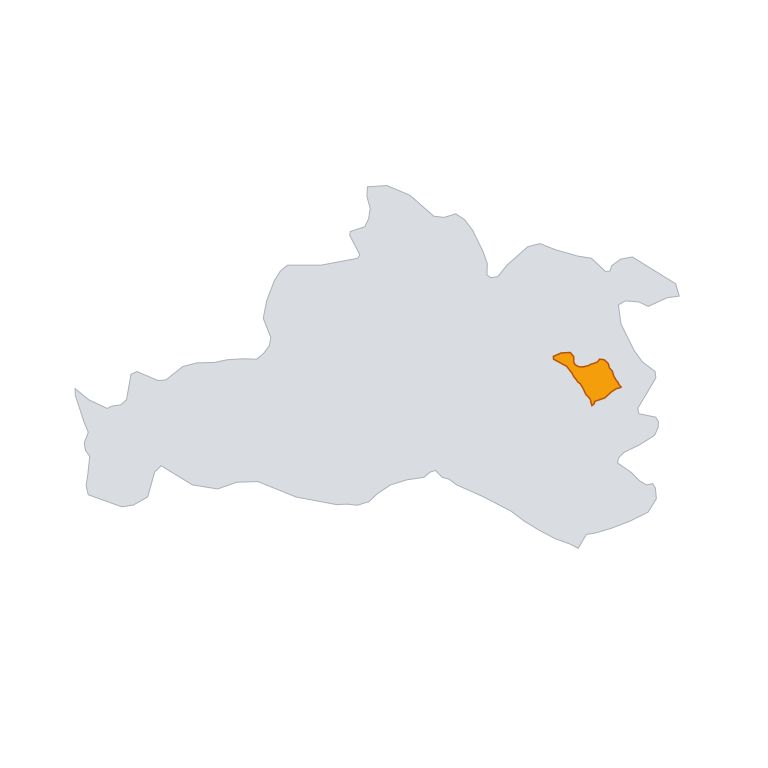 where Ajdovščina sits in Slovenia, rotated 197°
{"feature_id": "SVN-1022", "entity_name": "Ajdovščina", "entity_type": "Municipality", "adm_level": 1, "iso_a3": "SVN", "parent_name": "Slovenia", "parent_adm1": "", "projection": "mercator", "projection_center": [13.898, 45.914], "detail": "fine", "context": "in_parent", "style": "filled", "palette": "amber", "viewbox_px": 768, "rotation_deg": 197, "n_neighbors": 0, "source": "natural_earth", "source_scale": "10m", "svg_char_len": 2473}
<svg xmlns="http://www.w3.org/2000/svg" viewBox="0 0 768 768"><g transform="rotate(197 384 384)"><path d="M678.0,289.2L661.4,282.5L641.5,279.7L637.7,283.3L629.7,287.0L625.6,293.6L628.8,319.3L623.9,323.7L601.2,321.2L593.8,324.1L581.4,342.0L568.8,349.6L552.7,354.9L540.9,361.4L525.9,367.0L513.1,370.4L508.0,378.2L504.9,386.8L505.7,395.2L518.7,411.6L520.5,429.1L519.1,450.4L516.1,461.8L511.0,469.4L479.0,479.2L445.8,496.6L445.0,500.6L460.2,516.1L460.8,520.0L448.3,528.8L447.0,537.6L448.5,547.8L455.1,558.3L457.5,567.7L439.3,574.6L414.6,572.1L385.4,559.0L375.2,560.9L365.2,567.7L355.1,564.8L344.0,556.7L328.2,539.8L320.5,529.5L317.4,518.4L313.1,516.8L306.6,520.0L301.2,533.5L286.6,557.4L275.8,563.9L259.5,562.5L236.7,562.9L222.5,564.9L205.1,556.4L200.9,558.0L200.9,563.6L194.4,572.4L183.8,578.1L134.4,565.1L127.4,554.4L138.5,549.3L154.0,535.5L164.5,537.0L177.4,534.1L183.0,528.2L174.9,510.6L154.3,488.9L143.4,480.7L128.4,475.2L125.8,469.3L134.2,435.0L131.6,430.1L114.5,431.7L110.5,428.1L109.1,422.2L110.3,414.0L121.8,400.6L134.6,388.7L138.1,382.0L137.6,376.8L121.2,371.5L111.3,366.1L103.4,364.2L98.0,367.3L94.0,363.8L90.0,353.9L94.0,338.7L108.8,324.7L124.7,312.3L138.5,303.2L146.5,299.3L150.3,283.6L158.5,285.3L174.9,286.1L193.2,289.6L210.2,294.0L225.1,299.5L256.6,305.3L285.2,308.8L293.8,312.0L300.9,311.7L309.5,316.4L314.7,312.8L318.4,306.5L334.0,299.1L348.3,289.4L358.4,277.0L364.0,267.2L373.9,260.3L384.4,258.3L394.0,254.8L434.6,250.2L476.2,253.8L496.1,247.0L512.4,235.0L536.4,231.7L537.6,231.5L573.3,240.7L576.1,235.4L577.6,233.0L577.0,206.9L588.3,195.0L598.7,189.9L634.4,191.6L639.1,199.6L641.0,212.0L644.2,228.7L650.1,233.3L653.4,239.9L652.7,251.4L659.7,259.9L676.0,283.1L678.0,289.2Z" fill="#d9dde1" stroke="#a8b0b8" stroke-width="1"/><path d="M229.1,457.3L230.1,460.0L224.6,464.6L223.9,465.4L215.1,468.6L210.6,465.6L209.9,463.6L209.3,461.0L207.5,458.9L206.0,458.1L204.0,457.6L201.5,457.7L198.4,458.7L193.8,461.4L191.9,463.5L189.2,465.2L186.2,467.6L185.1,470.8L181.0,471.5L179.9,471.4L175.4,469.0L173.4,465.7L172.9,465.1L169.9,463.4L169.2,462.8L168.6,461.7L168.0,461.0L167.4,460.0L166.6,458.9L163.2,455.6L160.6,453.9L159.1,452.1L157.6,451.1L156.6,450.7L156.4,450.0L159.0,448.2L160.2,447.8L164.2,443.0L168.8,435.2L177.3,429.1L177.3,426.4L178.8,424.1L181.3,427.7L181.5,428.7L182.7,430.0L184.6,431.3L187.9,433.0L192.2,437.9L196.7,441.8L199.2,442.5L201.0,444.1L204.7,446.5L207.1,449.1L214.5,454.3L229.1,457.3Z" fill="#f59e0b" stroke="#b45309" stroke-width="1.5"/></g></svg>